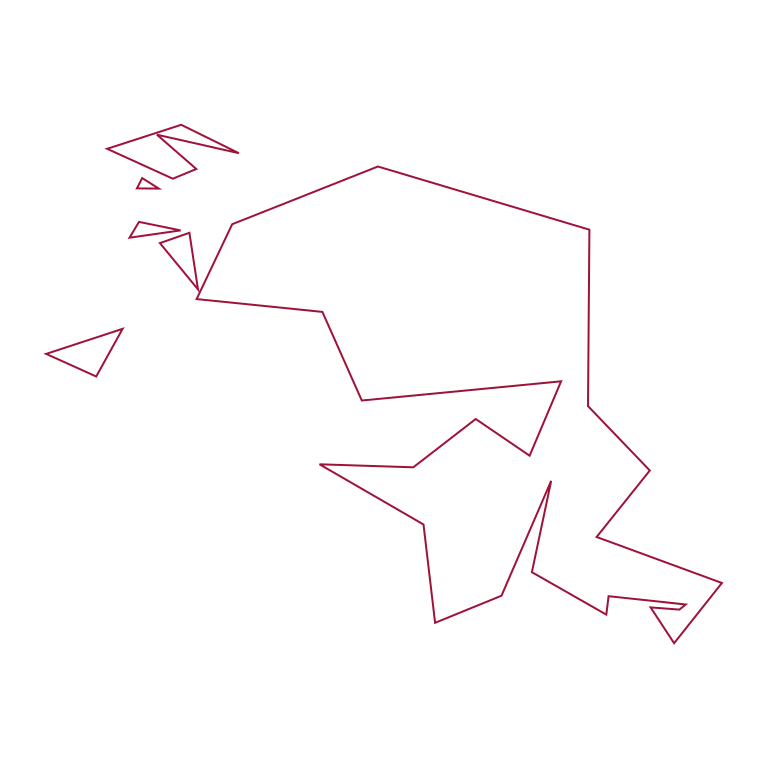 Papua Barat, orthographic projection
{"feature_id": "IDN-1933", "entity_name": "Papua Barat", "entity_type": "Province", "adm_level": 1, "iso_a3": "IDN", "parent_name": "Indonesia", "parent_adm1": "", "projection": "orthographic", "projection_center": [132.375, -1.612], "detail": "coarse", "context": "isolated", "style": "outline", "palette": "rose", "viewbox_px": 768, "rotation_deg": 0, "n_neighbors": 0, "source": "natural_earth", "source_scale": "10m", "svg_char_len": 730}
<svg xmlns="http://www.w3.org/2000/svg" viewBox="0 0 768 768"><path d="M674.1,643.2L650.6,607.4L679.4,609.6L685.7,604.5L608.6,596.2L606.3,614.6L531.9,572.2L551.2,480.8L501.5,595.7L435.1,622.8L423.5,524.5L319.5,464.3L413.3,467.3L475.7,419.0L529.6,455.7L561.1,381.3L361.8,400.5L322.4,311.9L196.6,299.1L232.2,224.2L377.9,166.5L589.4,229.7L588.0,406.1L649.8,470.5L596.6,537.0L721.9,583.0L674.1,643.2ZM238.9,153.2L156.9,134.7L196.3,169.0L172.8,178.7L107.1,148.8L181.2,124.8L238.9,153.2ZM122.6,328.8L96.2,376.5L46.1,353.9L122.6,328.8ZM189.4,232.8L198.0,289.4L159.9,243.1L189.4,232.8ZM139.0,221.9L180.6,230.4L129.5,237.7L139.0,221.9ZM142.2,178.1L158.8,188.6L136.9,188.4L142.2,178.1Z" fill="none" stroke="#9f1239" stroke-width="2"/></svg>